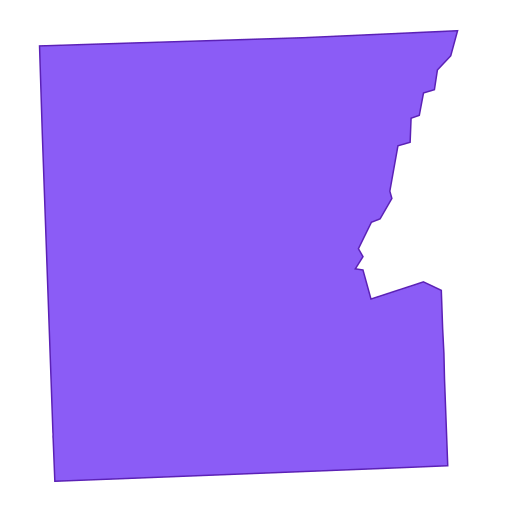 the district of Blue Earth, Minnesota, United States of America, rotated 88°
{"feature_id": "52423323B75233967611088", "entity_name": "Blue Earth", "entity_type": "district", "adm_level": 2, "iso_a3": "USA", "parent_name": "United States of America", "parent_adm1": "Minnesota", "projection": "albers", "projection_center": [-94.099, 44.056], "detail": "fine", "context": "isolated", "style": "filled", "palette": "violet", "viewbox_px": 512, "rotation_deg": 88, "n_neighbors": 0, "source": "geoboundaries", "source_scale": "gbopen_adm2", "svg_char_len": 567}
<svg xmlns="http://www.w3.org/2000/svg" viewBox="0 0 512 512"><g transform="rotate(88 256 256)"><path d="M38.5,465.0L126.8,465.3L425.4,465.1L426.9,465.0L429.6,465.2L431.5,465.1L474.1,464.9L472.6,115.4L472.3,71.7L385.6,71.9L360.0,71.6L334.8,72.0L296.8,72.0L287.7,89.6L303.0,142.6L273.7,149.6L272.3,157.2L260.4,149.1L252.3,153.4L226.3,139.5L223.2,130.7L203.2,118.2L195.9,120.0L150.8,110.3L147.7,98.0L123.7,96.2L121.1,87.9L98.9,82.9L96.0,71.9L76.4,68.2L62.7,54.4L37.9,46.7L39.5,203.1L38.8,377.7L38.5,465.0Z" fill="#8b5cf6" stroke="#5b21b6" stroke-width="1.5"/></g></svg>